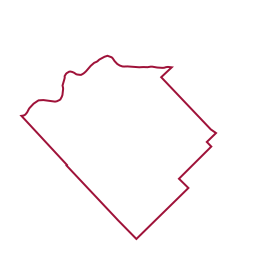 the district of Monroe, Ohio, United States of America, rotated 224°
{"feature_id": "52423323B17076198557768", "entity_name": "Monroe", "entity_type": "district", "adm_level": 2, "iso_a3": "USA", "parent_name": "United States of America", "parent_adm1": "Ohio", "projection": "equal_earth", "projection_center": [-80.93, 39.705], "detail": "fine", "context": "isolated", "style": "outline", "palette": "rose", "viewbox_px": 256, "rotation_deg": 224, "n_neighbors": 0, "source": "geoboundaries", "source_scale": "gbopen_adm2", "svg_char_len": 1052}
<svg xmlns="http://www.w3.org/2000/svg" viewBox="0 0 256 256"><g transform="rotate(224 128 128)"><path d="M213.1,62.7L146.2,59.0L146.2,58.3L71.0,54.7L44.9,54.0L42.9,126.8L56.1,126.9L55.2,172.5L61.6,172.7L61.2,185.5L67.5,184.5L139.4,187.6L138.7,202.0L141.7,199.7L142.9,198.2L143.8,196.5L145.1,195.1L149.0,191.8L153.1,189.0L154.2,188.0L156.2,185.3L159.3,182.5L162.1,179.5L171.2,171.9L173.6,169.4L174.8,168.4L177.4,167.2L180.2,166.6L184.1,166.8L187.4,167.5L188.9,167.5L192.9,165.7L194.4,162.9L196.1,157.5L196.3,156.3L196.2,155.8L196.5,154.0L197.6,151.4L198.0,146.8L197.6,139.8L197.7,137.7L197.9,136.2L198.6,133.8L199.3,133.0L201.7,131.2L202.6,130.7L205.1,130.3L207.0,129.6L208.8,128.5L209.5,127.5L210.2,124.8L210.2,123.8L209.6,121.3L209.0,120.7L208.6,120.4L207.9,119.3L204.6,113.1L202.4,111.6L201.7,110.9L198.1,106.2L197.3,104.4L196.5,101.5L196.8,100.3L197.7,97.9L198.8,96.3L208.3,89.3L211.5,85.8L211.8,84.7L212.8,79.9L212.7,73.9L212.5,72.8L211.4,69.1L211.2,66.5L211.4,65.3L212.1,64.0L213.1,62.7Z" fill="none" stroke="#9f1239" stroke-width="2"/></g></svg>